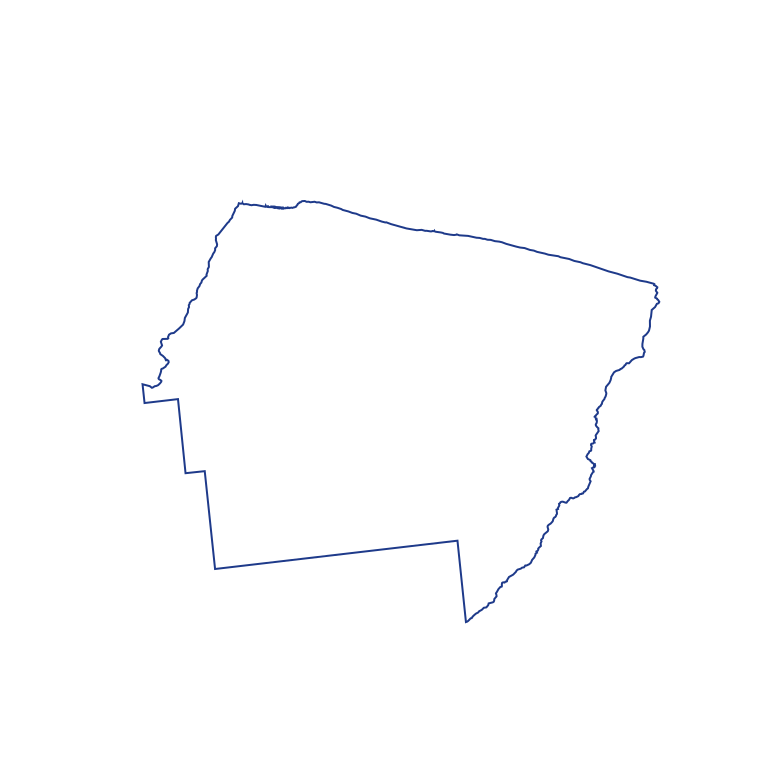 the district of General Alvarado, Buenos Aires, Argentina, rotated 220°
{"feature_id": "61730980B74641240637534", "entity_name": "General Alvarado", "entity_type": "district", "adm_level": 2, "iso_a3": "ARG", "parent_name": "Argentina", "parent_adm1": "Buenos Aires", "projection": "mercator", "projection_center": [-57.985, -38.201], "detail": "fine", "context": "isolated", "style": "outline", "palette": "blue", "viewbox_px": 768, "rotation_deg": 220, "n_neighbors": 0, "source": "geoboundaries", "source_scale": "gbopen_adm2", "svg_char_len": 6166}
<svg xmlns="http://www.w3.org/2000/svg" viewBox="0 0 768 768"><g transform="rotate(220 384 384)"><path d="M394.5,133.7L227.0,311.2L168.2,254.3L167.5,255.5L167.2,256.8L167.0,260.2L166.4,260.9L166.3,261.7L166.6,262.5L166.4,264.6L166.0,267.1L165.0,269.5L165.0,271.5L164.6,272.0L163.9,274.0L163.7,276.7L162.0,278.7L162.0,281.5L162.8,283.2L160.3,286.7L160.0,287.7L160.3,288.7L161.3,290.3L161.3,293.7L162.2,294.6L163.7,295.6L163.9,297.5L164.5,300.4L164.4,303.3L163.6,304.4L163.8,305.0L165.0,306.3L165.7,307.7L165.2,308.7L164.0,309.4L163.9,310.7L163.2,311.3L163.0,311.9L163.7,313.1L164.2,316.5L162.5,321.0L162.2,325.0L162.5,326.2L162.3,327.7L160.5,330.5L160.2,332.0L158.9,333.6L159.1,335.8L158.2,336.5L156.9,339.3L156.6,341.5L157.5,344.6L157.4,347.7L158.2,350.6L158.8,351.3L158.7,352.5L158.4,353.1L159.6,353.7L159.1,355.1L159.4,356.4L160.0,356.9L160.1,357.9L159.7,360.8L161.5,362.5L162.2,364.7L163.1,365.1L163.5,366.0L163.2,368.1L164.5,370.5L164.7,372.0L163.9,376.5L164.6,378.1L166.9,379.7L167.4,380.7L167.3,382.0L166.6,384.3L166.5,387.2L167.7,390.0L167.7,391.2L167.3,392.3L167.4,393.3L167.9,394.4L167.9,395.3L168.4,396.2L171.1,398.6L170.3,400.1L171.0,400.6L171.6,403.6L172.9,404.7L172.6,405.9L172.8,406.9L172.3,407.9L171.4,408.8L168.7,409.8L167.9,410.4L168.0,412.5L167.8,414.1L168.2,416.3L167.6,417.1L165.6,417.9L165.0,419.0L164.8,420.0L164.1,420.8L163.1,423.0L163.3,424.6L163.1,425.6L162.1,426.6L162.0,427.3L161.5,427.6L161.2,428.1L161.6,430.0L161.0,430.9L161.0,434.0L160.7,435.1L161.5,436.7L163.2,442.3L164.8,442.8L165.5,443.4L166.2,446.3L166.8,447.2L167.3,451.0L167.0,451.6L167.4,452.0L170.6,453.2L170.1,454.6L169.5,455.1L169.3,455.6L169.5,456.0L170.3,455.9L170.5,456.2L169.6,456.6L169.6,457.0L171.0,458.2L171.7,457.5L172.7,457.7L174.5,457.4L175.1,457.9L176.3,457.7L177.0,458.3L179.6,457.6L182.3,458.5L182.9,461.1L182.8,462.7L183.4,464.5L182.6,465.7L182.6,466.3L183.7,467.7L184.7,469.7L186.2,470.3L186.7,471.1L186.6,471.7L185.7,472.6L185.5,473.8L185.0,474.5L186.6,475.3L187.1,476.1L186.7,476.4L186.6,478.5L187.5,479.6L188.7,480.5L188.9,481.2L189.3,485.9L190.8,487.1L191.3,487.9L193.2,488.0L195.0,488.4L195.8,489.2L196.1,490.9L197.1,492.5L198.6,493.8L198.9,493.2L200.1,494.1L200.9,494.4L201.6,494.3L201.7,495.0L201.3,495.6L201.6,496.9L201.3,498.6L201.5,499.3L202.5,500.2L204.1,500.6L204.4,501.1L204.2,501.9L204.5,502.7L204.3,503.6L204.5,504.5L204.0,506.6L204.4,508.0L204.3,508.8L205.2,510.4L205.4,511.4L205.5,514.2L206.0,515.3L206.2,516.8L207.3,519.2L207.8,519.9L210.3,521.4L212.1,524.6L212.1,529.8L212.9,532.6L213.9,534.7L214.5,535.5L215.3,540.8L214.6,543.2L212.6,546.2L212.5,547.5L211.9,548.4L211.4,551.7L211.7,552.8L211.3,553.6L211.6,555.4L211.4,556.0L209.6,557.4L209.5,561.6L208.7,564.1L208.1,565.4L205.9,568.6L204.4,569.8L203.2,571.4L203.4,572.4L204.8,574.9L204.9,576.2L206.5,577.4L207.5,577.4L210.0,578.6L211.8,580.8L214.5,585.4L215.7,586.9L215.0,590.4L215.0,593.2L215.3,595.2L217.2,599.0L221.0,603.4L222.7,607.2L226.5,612.8L225.8,617.2L226.5,620.8L225.6,622.3L225.9,623.9L228.0,624.6L229.1,624.5L229.6,624.9L231.8,624.5L232.4,625.6L233.2,629.5L235.7,630.2L236.5,631.4L236.4,633.0L236.8,633.8L239.1,633.8L240.6,633.3L241.1,634.3L241.8,634.2L248.7,631.0L254.2,627.8L263.8,623.8L266.1,622.4L276.1,618.5L284.4,614.6L302.4,607.7L309.4,604.3L311.7,603.6L317.3,600.6L322.5,598.8L330.4,594.5L332.5,594.0L341.2,588.7L344.6,587.3L351.7,583.6L355.0,582.5L358.4,580.5L363.7,578.5L367.5,576.0L371.1,574.2L380.5,569.9L384.8,568.4L387.3,567.1L390.9,564.7L394.9,563.0L397.5,561.0L400.0,560.0L401.3,558.9L404.6,557.4L407.2,555.5L414.8,551.5L421.9,546.3L424.4,545.4L424.5,544.9L426.1,543.1L429.1,541.1L434.8,537.8L436.0,537.6L437.9,536.6L442.2,533.9L443.6,533.4L443.9,533.6L443.9,533.2L445.3,532.3L445.5,531.7L446.3,530.9L449.8,528.8L450.9,527.8L454.2,526.3L457.7,522.9L466.8,517.6L481.4,511.0L486.2,509.3L486.8,508.6L490.1,507.0L495.6,504.9L501.4,501.8L505.8,500.3L510.1,498.0L514.7,496.6L518.2,494.7L522.2,493.3L527.5,490.8L529.3,490.5L533.1,489.0L536.1,487.5L539.2,486.7L544.4,484.5L545.7,483.6L550.6,481.4L552.3,479.8L554.3,479.0L557.2,475.9L558.9,475.2L560.4,473.8L562.3,473.3L564.1,471.6L564.5,470.9L564.6,469.8L565.4,468.9L565.2,468.5L565.8,466.6L565.5,465.8L565.6,464.3L565.3,463.5L566.1,461.8L566.6,461.4L567.3,460.1L568.4,459.5L569.6,457.9L570.2,457.9L570.2,457.5L570.8,456.9L571.2,457.0L571.2,456.7L572.0,455.8L572.4,455.9L572.6,455.1L573.8,454.4L573.6,454.2L573.6,453.8L575.1,452.5L576.2,452.3L576.5,452.5L576.4,452.9L577.3,452.1L576.7,451.6L576.9,451.2L578.7,450.2L579.4,450.5L579.2,451.1L580.4,450.2L580.0,450.2L579.9,449.6L580.8,448.6L582.5,447.9L583.2,448.1L583.1,448.6L584.1,447.8L583.7,447.6L583.9,447.1L585.8,445.6L587.0,445.6L587.7,446.1L587.0,444.8L588.4,444.1L589.2,444.5L588.8,443.5L589.1,443.3L597.0,439.0L599.1,437.4L600.4,435.8L602.4,434.7L603.0,434.6L605.3,433.2L606.9,431.6L607.7,431.6L608.6,431.2L608.8,431.4L608.7,431.0L609.7,430.0L611.4,429.2L610.2,426.4L610.7,422.6L609.6,420.7L608.2,415.2L607.3,413.9L607.5,410.7L607.1,408.6L607.4,406.8L607.0,392.1L607.8,389.6L607.3,388.5L605.9,387.1L605.4,386.2L601.6,383.7L600.6,382.1L600.6,379.4L599.4,378.0L598.7,375.7L598.7,374.3L597.5,370.2L597.5,369.0L596.7,364.8L593.7,361.5L593.2,360.6L593.1,359.3L592.7,358.4L591.6,357.3L590.3,353.7L589.4,352.9L590.1,347.2L589.9,346.0L589.1,344.3L589.1,342.4L588.3,340.3L588.2,337.5L587.1,335.0L586.4,334.4L586.0,333.2L584.5,332.0L583.2,329.9L583.0,329.1L583.6,326.8L584.9,324.7L585.0,321.2L584.4,320.4L584.2,318.9L582.8,317.6L582.3,315.6L580.2,312.7L579.0,306.6L577.3,303.9L576.1,300.4L576.7,294.7L577.8,288.0L579.7,285.9L580.4,283.6L579.6,281.1L578.6,280.3L578.8,279.5L582.5,276.2L582.7,275.4L582.1,272.9L578.8,270.9L578.6,269.7L578.7,266.5L578.1,265.0L577.6,264.5L575.4,263.7L574.5,263.1L571.4,263.4L568.3,263.1L566.3,262.0L565.9,262.4L565.9,263.0L564.1,263.2L563.0,262.4L562.6,260.9L562.8,258.3L562.5,256.9L563.4,253.7L564.1,252.6L564.0,251.9L563.1,250.7L562.3,249.0L560.9,245.2L560.7,244.0L560.2,243.2L559.3,243.0L557.7,243.4L556.5,243.3L556.1,242.6L556.0,240.6L556.3,237.9L557.2,236.1L558.2,234.9L558.9,232.6L559.4,231.9L562.0,231.8L568.8,228.6L555.2,215.5L532.1,240.0L478.7,188.1L465.3,202.0L394.5,133.7Z" fill="none" stroke="#1e3a8a" stroke-width="2"/></g></svg>